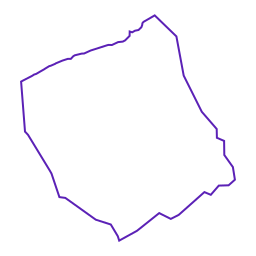 Dickenson, Virginia, United States of America (orthographic projection)
{"feature_id": "52423323B95465439207253", "entity_name": "Dickenson", "entity_type": "district", "adm_level": 2, "iso_a3": "USA", "parent_name": "United States of America", "parent_adm1": "Virginia", "projection": "orthographic", "projection_center": [-82.367, 37.131], "detail": "fine", "context": "isolated", "style": "outline", "palette": "violet", "viewbox_px": 256, "rotation_deg": 0, "n_neighbors": 0, "source": "geoboundaries", "source_scale": "gbopen_adm2", "svg_char_len": 841}
<svg xmlns="http://www.w3.org/2000/svg" viewBox="0 0 256 256"><path d="M228.6,185.3L234.9,179.7L232.9,167.1L224.3,155.0L224.1,140.9L216.9,137.8L216.7,129.0L201.8,111.8L183.7,75.6L176.4,36.4L154.7,15.4L143.8,21.7L142.9,22.5L142.4,23.3L142.2,25.0L141.4,27.2L138.5,30.0L135.0,30.7L132.2,32.3L129.7,31.5L129.6,35.9L125.1,40.4L122.8,41.6L118.1,42.1L111.9,45.0L108.5,44.9L107.3,45.2L90.7,50.5L84.1,53.5L81.7,53.6L74.8,55.3L73.3,56.2L70.8,58.9L67.7,58.9L62.4,60.6L55.7,63.4L55.2,63.8L50.6,65.8L49.3,66.1L44.7,68.9L44.5,69.1L40.3,71.5L36.2,73.9L34.0,74.6L32.4,75.7L22.9,80.6L21.1,81.6L25.0,131.6L28.0,134.8L49.8,170.6L51.5,173.6L59.4,197.1L65.3,197.9L95.8,219.7L110.8,224.5L117.8,236.2L119.2,240.6L137.0,230.8L159.2,213.1L170.8,218.9L178.7,214.9L204.4,192.1L210.8,194.8L218.8,185.6L228.6,185.3Z" fill="none" stroke="#5b21b6" stroke-width="2"/></svg>